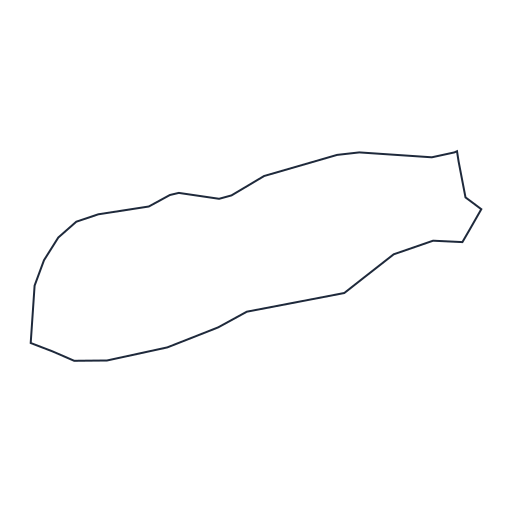 an SVG outline of Liquica
{"feature_id": "TLS-542", "entity_name": "Liquica", "entity_type": "District", "adm_level": 1, "iso_a3": "TLS", "parent_name": "East Timor", "parent_adm1": "", "projection": "mercator", "projection_center": [125.297, -8.662], "detail": "fine", "context": "isolated", "style": "outline", "palette": "slate", "viewbox_px": 512, "rotation_deg": 0, "n_neighbors": 0, "source": "natural_earth", "source_scale": "10m", "svg_char_len": 549}
<svg xmlns="http://www.w3.org/2000/svg" viewBox="0 0 512 512"><path d="M30.7,343.0L34.6,285.6L44.0,260.2L58.3,237.5L76.3,221.7L98.3,214.3L148.8,206.5L169.9,195.0L178.8,192.9L219.1,198.8L231.5,195.4L264.1,176.0L337.1,154.9L359.3,152.4L431.8,157.3L454.4,152.4L457.0,151.2L458.6,161.5L465.5,197.4L481.3,209.2L469.6,229.7L462.4,242.1L433.1,240.7L393.7,254.3L363.9,277.6L344.3,293.0L300.1,301.5L246.8,311.7L218.1,327.4L167.3,347.4L114.8,358.8L107.0,360.5L74.2,360.8L52.3,351.3L30.9,343.1L30.7,343.0Z" fill="none" stroke="#1e293b" stroke-width="2"/></svg>